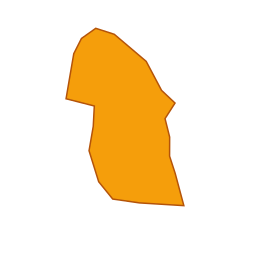 outline of Motides, Cyprus, rotated 38°
{"feature_id": "46923920B57620727838735", "entity_name": "Motides", "entity_type": "district", "adm_level": 2, "iso_a3": "CYP", "parent_name": "Cyprus", "parent_adm1": "", "projection": "albers", "projection_center": [33.21, 35.331], "detail": "fine", "context": "isolated", "style": "filled", "palette": "amber", "viewbox_px": 256, "rotation_deg": 38, "n_neighbors": 0, "source": "geoboundaries", "source_scale": "gbopen_adm2", "svg_char_len": 406}
<svg xmlns="http://www.w3.org/2000/svg" viewBox="0 0 256 256"><g transform="rotate(38 128 128)"><path d="M61.2,143.1L87.9,131.4L99.6,148.1L111.3,169.9L138.0,188.4L159.7,193.4L183.1,180.0L219.8,154.8L193.1,134.7L178.1,124.6L166.4,109.5L151.4,97.8L149.7,79.4L131.3,77.7L101.3,64.3L59.5,62.6L41.2,69.3L36.2,86.1L39.5,102.8L51.2,124.6L61.2,143.1Z" fill="#f59e0b" stroke="#b45309" stroke-width="1.5"/></g></svg>